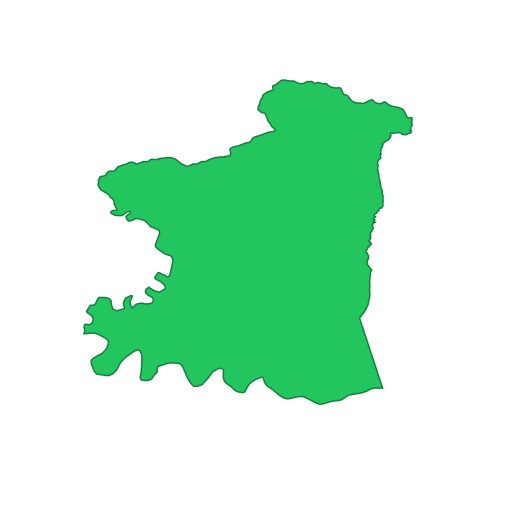 Cartago, Valle del Cauca, Colombia (Natural Earth projection), rotated 254°
{"feature_id": "7082276B65356767722018", "entity_name": "Cartago", "entity_type": "district", "adm_level": 2, "iso_a3": "COL", "parent_name": "Colombia", "parent_adm1": "Valle del Cauca", "projection": "natural_earth1", "projection_center": [-75.902, 4.71], "detail": "fine", "context": "isolated", "style": "filled", "palette": "green", "viewbox_px": 512, "rotation_deg": 254, "n_neighbors": 0, "source": "geoboundaries", "source_scale": "gbopen_adm2", "svg_char_len": 6108}
<svg xmlns="http://www.w3.org/2000/svg" viewBox="0 0 512 512"><g transform="rotate(254 256 256)"><path d="M409.6,352.9L408.9,350.8L408.8,349.7L409.3,346.1L410.4,344.2L413.7,340.8L415.2,335.9L417.2,332.2L417.9,329.3L417.6,327.9L415.2,322.4L415.0,319.3L414.1,318.6L411.6,318.5L410.8,317.8L410.6,312.4L409.1,307.7L408.1,306.6L407.0,306.0L404.1,303.0L401.0,301.3L398.6,299.2L396.3,298.2L392.6,300.6L390.9,303.6L389.6,304.3L383.6,304.8L380.8,305.3L378.7,306.4L376.3,306.7L372.2,309.5L371.2,309.1L370.9,307.3L371.4,303.6L371.4,299.6L370.9,294.7L370.7,287.1L370.3,285.6L367.5,282.4L367.2,281.4L367.1,279.3L367.5,277.2L366.8,270.6L367.0,264.4L366.7,261.9L366.0,260.6L364.9,260.2L361.0,260.0L360.1,258.8L359.8,257.4L359.9,255.0L360.3,253.4L359.8,253.3L361.0,249.4L361.9,242.9L361.5,237.0L360.6,233.6L361.8,230.0L360.7,224.4L361.8,220.7L361.0,215.8L361.4,214.1L365.3,209.5L369.8,206.5L371.6,204.9L374.1,201.3L375.1,197.0L376.2,190.7L376.2,186.9L377.7,182.1L377.7,181.2L376.7,178.7L376.7,177.5L377.8,173.7L377.2,167.4L377.6,166.2L379.4,164.4L380.6,162.2L380.8,159.3L380.0,156.6L380.2,152.5L379.8,147.8L376.7,143.3L377.1,141.1L377.8,139.6L377.9,137.7L377.0,135.7L375.7,134.9L375.2,133.8L374.8,132.3L375.2,128.6L374.8,127.5L371.8,125.2L370.0,125.0L368.4,123.9L367.1,123.7L362.4,125.1L355.6,131.4L353.9,132.1L352.5,132.1L350.9,133.7L347.9,134.7L344.4,134.0L338.9,135.3L338.5,134.1L339.1,131.4L339.0,129.8L338.1,128.5L336.8,128.6L334.0,131.8L332.9,134.4L332.0,137.7L332.2,140.0L333.8,144.2L333.9,146.8L332.8,147.6L331.7,146.6L330.4,142.8L329.2,141.8L327.4,142.0L324.9,142.9L324.6,143.5L324.3,146.3L325.2,150.2L324.3,153.4L320.6,158.7L318.7,160.2L313.4,162.7L307.3,170.2L304.0,169.5L296.1,163.4L293.8,162.2L292.2,162.2L289.6,163.6L282.9,169.3L279.2,174.6L274.7,175.1L262.8,168.8L260.4,166.6L260.2,165.5L260.6,164.5L262.4,163.5L263.9,161.1L266.8,158.3L266.9,157.1L263.2,152.7L261.2,153.4L258.2,156.8L253.6,159.9L252.3,160.3L251.1,160.3L250.0,159.7L249.3,158.8L247.9,153.9L248.0,153.0L250.4,148.8L255.5,144.3L254.3,141.0L252.4,139.9L250.4,139.9L248.5,141.1L244.6,145.1L243.6,145.5L240.6,144.5L239.6,143.1L239.4,142.1L239.7,138.9L240.3,136.7L242.2,133.1L242.7,128.8L242.6,127.4L240.8,124.2L240.3,122.8L243.1,121.8L244.7,121.8L247.0,122.5L251.6,126.2L252.4,124.9L251.6,119.5L251.0,118.7L248.5,116.4L247.0,115.5L244.6,115.2L242.4,115.6L241.7,115.0L241.6,109.1L241.9,106.9L242.3,106.2L243.9,104.4L245.1,103.7L248.5,103.6L253.3,104.3L254.5,103.8L255.9,102.5L257.6,99.8L259.0,95.2L259.3,93.4L258.3,92.0L254.2,88.4L253.7,87.6L253.6,86.0L254.3,83.0L253.6,82.1L251.8,80.7L250.3,78.5L249.2,77.9L247.8,78.3L244.9,80.9L242.6,81.9L240.9,82.2L239.2,81.8L237.6,80.8L236.1,78.4L236.0,76.7L237.4,73.3L237.4,72.5L235.5,71.2L231.5,70.8L228.6,69.3L227.0,77.8L225.8,80.8L224.0,83.0L218.9,88.3L216.3,90.1L214.2,90.8L209.3,87.7L207.1,85.3L204.7,81.0L204.1,77.0L203.1,73.9L202.7,71.5L200.9,68.8L199.4,68.2L197.5,68.1L192.5,68.4L188.9,69.1L186.7,70.2L186.2,70.8L182.2,79.5L181.6,82.1L182.2,85.7L184.4,90.1L190.7,96.2L193.9,101.3L194.7,103.1L198.2,113.2L198.2,116.4L197.8,117.6L196.8,118.3L193.4,118.9L191.2,118.8L181.8,115.8L175.3,113.3L171.7,111.3L169.0,111.1L167.8,112.6L166.7,115.4L166.2,118.3L166.4,121.1L167.2,122.8L169.5,125.2L171.2,128.4L171.8,129.0L176.1,130.4L176.8,131.8L177.3,141.5L176.4,146.3L173.9,152.3L173.1,153.5L171.7,154.4L167.7,155.3L157.8,156.5L152.2,158.0L148.8,159.7L147.6,160.7L146.9,164.9L147.0,167.5L147.4,169.1L152.6,177.5L156.5,182.3L158.1,188.6L157.6,192.2L155.3,193.3L148.6,191.1L144.7,191.1L142.0,192.3L137.1,196.1L133.7,198.0L131.3,200.0L130.5,201.1L128.5,204.9L128.2,207.1L129.0,208.4L133.7,212.8L135.6,215.9L136.9,219.7L137.8,224.0L138.0,228.5L137.1,229.1L130.9,229.7L128.5,230.7L126.3,232.2L123.8,234.6L115.8,240.0L111.7,243.8L110.2,246.4L109.8,247.8L109.3,257.0L108.3,261.5L107.3,263.2L104.5,266.6L98.9,272.3L95.8,276.4L95.4,279.7L95.5,288.4L94.2,296.7L94.3,299.0L96.6,305.9L96.7,307.5L95.3,320.2L95.5,324.6L96.5,329.2L96.5,332.1L96.1,334.9L94.1,341.3L167.8,338.4L172.4,344.7L176.3,348.6L178.3,350.3L185.6,354.1L188.5,355.1L192.9,355.9L194.2,356.7L200.4,358.2L208.9,361.6L211.1,363.5L212.6,362.2L214.0,362.0L217.4,360.6L221.0,361.6L221.4,362.5L222.1,362.7L222.9,363.7L225.2,364.1L228.4,363.5L229.1,362.8L230.3,362.9L231.7,364.6L233.6,366.0L233.6,367.1L234.3,367.7L235.6,370.2L237.4,369.8L238.4,368.9L239.4,369.3L239.9,369.1L240.5,370.3L241.3,370.3L241.6,371.0L242.4,371.5L243.6,371.2L244.5,372.1L245.3,371.6L246.7,372.1L247.5,373.9L249.5,375.4L250.0,376.3L251.6,376.4L252.1,376.0L254.1,376.6L254.7,377.7L255.6,378.5L255.4,379.9L256.2,379.6L256.7,378.7L258.0,380.2L259.1,379.0L260.2,380.4L260.8,381.7L261.8,380.8L263.2,381.0L264.0,383.8L265.4,385.2L265.7,386.5L267.5,387.7L267.8,388.7L267.5,390.1L269.2,391.9L272.5,392.6L273.6,393.4L276.5,393.8L278.1,394.7L280.2,394.4L281.7,394.9L282.7,394.6L283.4,395.2L285.1,395.4L287.4,394.7L290.3,395.5L291.2,395.2L292.9,395.8L294.3,395.6L295.4,396.0L297.3,395.8L301.1,396.6L302.8,396.3L304.8,397.0L306.6,396.8L308.7,398.2L309.6,398.4L311.4,398.0L314.4,400.1L315.0,401.8L316.1,403.0L317.1,402.8L319.5,403.7L319.6,404.4L320.2,404.5L320.7,404.2L323.3,405.2L325.7,406.4L325.9,407.4L326.4,407.8L327.3,407.7L328.1,408.8L329.3,408.4L329.8,410.0L329.6,410.5L330.9,412.9L330.9,415.0L331.9,416.1L332.6,417.8L333.8,417.9L334.1,418.7L334.6,419.0L335.7,418.6L337.0,419.9L336.0,422.4L336.1,424.0L335.2,426.4L335.2,427.9L334.2,429.5L332.7,429.8L331.2,433.5L331.8,436.9L331.5,437.8L331.7,438.4L332.2,439.4L332.7,439.6L333.7,439.6L334.6,438.9L334.9,439.7L337.5,440.5L338.3,441.9L339.9,442.5L341.3,441.9L342.5,443.2L343.4,443.0L344.0,443.7L345.7,443.9L346.4,443.2L346.4,441.6L346.8,440.2L347.7,439.5L354.9,438.3L356.2,437.8L357.2,436.8L359.4,434.0L362.6,427.9L365.6,424.4L367.7,423.3L368.7,422.2L368.8,421.2L368.1,418.7L368.2,416.9L370.4,412.9L373.7,411.1L374.3,410.4L374.3,408.3L372.9,401.4L374.2,398.7L375.7,394.1L377.7,391.7L379.4,390.4L385.1,388.2L387.0,385.0L389.1,384.2L393.5,383.9L394.6,383.0L395.5,378.9L397.7,374.7L399.8,372.7L402.4,371.0L403.2,367.5L405.5,364.2L405.8,360.0L406.4,359.2L408.0,358.3L408.5,357.3L409.6,352.9Z" fill="#22c55e" stroke="#15803d" stroke-width="1.5"/></g></svg>